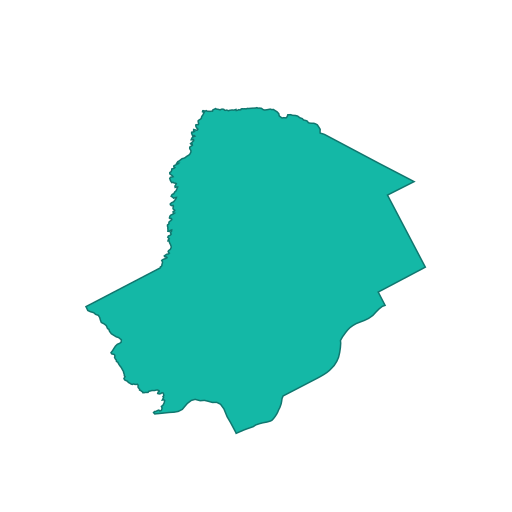 Paoy Paet, Bântéay Méanchey, Cambodia, rotated 63°
{"feature_id": "14789045B48513904069909", "entity_name": "Paoy Paet", "entity_type": "district", "adm_level": 2, "iso_a3": "KHM", "parent_name": "Cambodia", "parent_adm1": "Bântéay Méanchey", "projection": "equal_earth", "projection_center": [102.631, 13.649], "detail": "fine", "context": "isolated", "style": "filled", "palette": "teal", "viewbox_px": 512, "rotation_deg": 63, "n_neighbors": 0, "source": "geoboundaries", "source_scale": "gbopen_adm2", "svg_char_len": 5819}
<svg xmlns="http://www.w3.org/2000/svg" viewBox="0 0 512 512"><g transform="rotate(63 256 256)"><path d="M261.5,81.4L258.2,83.7L229.5,104.2L178.9,139.7L177.4,141.1L175.7,143.0L174.7,142.7L172.2,141.3L169.9,141.5L167.0,141.8L165.4,142.9L164.0,144.2L163.2,145.8L162.0,147.8L161.0,148.8L159.1,149.1L158.0,150.0L156.4,151.9L154.6,152.4L152.7,154.2L151.0,155.0L150.2,155.4L148.6,157.2L147.3,159.5L145.8,161.0L144.6,163.6L145.9,164.8L146.6,166.5L145.3,168.6L144.9,170.1L143.1,171.1L141.7,171.7L139.5,171.1L137.0,171.8L135.4,172.8L133.3,174.0L132.8,175.4L131.6,176.6L130.7,179.7L129.9,182.0L128.8,183.2L126.9,184.1L125.8,185.7L125.2,187.1L124.2,187.9L124.0,189.1L123.4,190.5L122.7,192.0L121.7,194.4L121.2,195.7L120.6,196.6L120.4,198.1L119.7,199.1L119.2,200.4L118.6,201.3L118.2,202.4L118.8,203.2L118.4,204.3L117.8,204.9L117.8,206.3L117.4,207.6L116.3,207.3L116.2,208.4L115.8,209.9L115.0,211.0L114.7,212.0L114.2,213.4L114.1,214.6L113.4,215.2L112.7,215.8L112.4,217.1L111.8,217.9L110.9,218.0L110.1,218.8L109.5,220.2L109.5,221.7L108.7,222.5L108.0,223.3L107.2,224.6L106.3,225.0L106.3,226.5L106.2,228.0L107.2,229.0L106.7,229.9L106.4,231.1L105.7,232.2L105.1,233.5L103.8,234.4L103.9,235.7L102.9,236.4L102.4,237.4L103.2,238.2L104.6,237.1L105.6,238.5L106.4,239.6L106.8,240.6L107.7,241.7L108.5,242.1L108.9,243.6L108.9,244.7L109.2,246.1L110.1,246.6L111.8,246.9L112.7,247.7L111.8,249.9L112.7,250.6L113.8,250.7L115.0,250.8L115.7,250.2L116.6,250.2L117.2,251.5L116.5,252.5L115.8,253.1L115.0,254.1L116.2,254.8L117.1,254.4L117.0,255.6L116.5,257.1L117.2,257.6L118.5,257.8L120.1,257.9L120.5,256.4L121.5,256.0L121.4,257.2L121.3,258.3L121.7,259.4L123.0,261.0L123.6,259.9L123.8,258.8L125.0,259.2L125.7,261.5L126.1,263.3L127.0,263.1L127.3,262.0L128.5,262.4L128.7,264.0L128.9,265.6L130.0,266.2L131.0,266.3L132.3,266.1L132.9,266.3L133.1,266.4L133.9,266.9L135.1,268.5L135.6,270.0L135.7,271.5L135.8,272.8L136.2,274.6L136.1,276.2L135.7,277.6L136.0,279.2L136.4,281.3L136.4,282.8L137.3,284.4L138.2,282.8L138.5,284.0L138.2,285.1L138.4,286.1L138.3,288.1L139.2,288.8L140.4,288.2L140.7,289.5L140.2,291.5L141.3,292.2L142.3,293.3L142.5,294.9L143.7,295.5L144.7,295.0L146.2,294.2L147.7,293.9L147.3,295.5L147.0,296.5L147.8,297.7L149.0,297.8L149.9,298.0L151.1,297.9L152.4,297.7L152.7,296.4L153.7,295.9L154.5,294.8L155.3,294.1L156.2,295.3L156.9,296.5L158.2,296.9L158.4,295.4L159.0,294.5L159.5,295.2L160.4,296.1L161.2,297.1L161.8,298.0L162.0,299.3L163.3,301.2L163.0,302.3L163.4,303.4L164.3,304.5L165.2,303.9L166.0,303.5L167.2,303.1L167.2,301.7L167.7,300.3L168.4,301.0L169.0,302.1L169.7,303.5L170.3,304.9L170.2,307.1L170.7,308.8L171.5,309.0L172.3,308.7L173.1,308.0L173.2,306.9L174.0,306.9L174.8,307.5L175.6,308.2L176.4,308.5L177.7,307.9L178.4,307.6L178.9,308.6L178.8,309.7L180.1,310.2L180.8,309.3L181.0,310.8L180.9,313.4L181.4,314.6L182.8,315.9L183.7,315.5L184.2,314.3L185.4,314.5L185.9,316.2L186.0,317.6L186.6,318.4L187.4,318.7L188.0,319.5L188.1,320.7L189.1,321.3L190.4,321.5L191.5,322.1L192.9,322.6L193.9,323.3L194.7,322.2L194.3,320.9L194.5,319.3L195.5,319.9L195.9,320.8L196.5,321.7L198.0,321.6L198.6,323.0L198.4,324.9L199.2,326.1L200.3,325.8L201.3,325.5L201.8,326.9L202.6,327.6L203.1,326.6L204.0,326.8L204.9,327.0L206.1,327.0L207.0,327.0L208.7,327.2L209.8,327.6L210.6,328.6L211.2,329.3L211.5,331.3L212.0,332.2L213.1,332.3L214.1,331.9L214.4,333.0L213.9,334.9L214.1,336.2L214.3,337.7L215.2,337.7L215.7,336.9L216.3,336.1L217.1,336.0L217.2,338.0L217.0,339.2L216.9,340.4L217.1,342.0L218.2,342.0L219.0,342.0L219.8,342.6L220.9,343.7L221.7,344.1L222.3,345.1L222.3,346.1L223.1,346.6L223.9,430.5L225.2,430.5L228.2,430.6L230.4,428.9L231.8,427.4L232.9,426.3L235.2,425.4L237.3,423.4L239.9,423.2L242.3,423.7L245.0,424.0L247.6,422.1L250.0,421.0L253.3,421.2L254.5,420.4L256.6,420.7L259.6,420.2L264.6,417.2L266.2,415.5L269.5,414.0L271.6,415.3L271.9,417.1L271.7,419.6L272.5,422.2L274.0,424.8L275.4,427.1L276.3,429.1L277.7,429.0L279.3,427.1L280.4,426.9L281.4,427.3L282.0,428.0L283.7,428.1L285.2,427.7L286.6,428.2L288.0,427.3L289.3,427.4L291.7,427.2L294.2,426.7L297.7,426.6L298.8,426.5L299.8,426.9L301.6,427.1L303.0,427.7L304.1,427.4L304.7,428.5L305.2,429.3L306.1,429.3L306.9,429.2L308.6,427.9L309.3,427.4L310.8,427.1L311.8,426.3L313.3,425.5L314.3,424.5L314.4,423.2L315.4,422.2L316.0,421.2L316.4,419.9L317.8,419.7L318.8,420.4L319.7,420.7L320.8,420.4L321.8,420.2L322.6,420.6L323.4,419.8L324.5,419.5L325.6,418.7L326.4,418.9L327.0,417.8L327.5,416.1L328.1,415.1L328.5,414.1L327.9,412.9L328.3,411.4L328.6,409.8L329.8,407.5L330.2,405.7L330.6,404.7L331.3,404.1L332.0,403.5L332.8,403.8L332.8,405.0L333.9,406.0L334.5,405.4L335.1,404.6L335.4,403.2L335.1,402.3L335.6,401.1L337.0,401.0L338.5,401.5L339.0,402.7L339.9,402.5L341.0,403.8L341.8,404.9L342.3,403.5L343.2,402.9L345.3,404.6L346.7,406.7L347.1,408.6L348.9,408.7L350.6,410.4L350.4,412.1L349.2,412.5L349.0,413.7L349.0,414.9L349.0,415.9L348.5,417.0L349.0,418.4L350.8,417.9L351.3,416.5L352.0,414.8L353.2,411.7L354.3,408.8L356.0,404.4L358.0,399.8L359.2,395.8L359.2,391.3L357.8,388.0L356.2,384.1L355.3,379.2L356.1,375.3L359.6,371.4L361.2,367.5L363.5,364.8L366.7,361.3L368.6,357.4L372.0,354.9L377.6,354.0L381.4,354.3L386.1,354.7L392.6,354.3L404.2,354.1L405.0,354.2L405.5,346.0L405.9,342.4L406.8,335.9L406.4,332.9L407.0,328.9L407.7,325.7L408.9,321.7L409.6,318.1L409.6,316.4L408.8,314.2L407.7,311.9L406.4,309.6L405.0,307.6L403.3,305.6L401.8,303.5L399.8,301.4L399.0,300.6L397.2,299.2L394.8,297.5L393.0,295.4L392.7,256.6L392.6,253.2L392.4,249.6L392.0,245.9L391.3,242.6L390.2,239.3L389.0,236.0L386.5,231.8L383.7,228.4L380.0,225.3L376.1,222.5L372.1,220.1L369.6,219.1L367.2,215.5L366.1,213.3L365.0,211.2L363.5,207.9L362.5,204.9L361.9,201.1L361.7,197.3L362.2,192.3L362.6,188.6L362.7,184.0L362.0,178.9L360.3,174.3L359.0,170.3L358.2,166.3L358.6,163.4L343.6,163.5L342.8,110.2L261.4,111.2L261.5,81.4Z" fill="#14b8a6" stroke="#0f766e" stroke-width="1.5"/></g></svg>